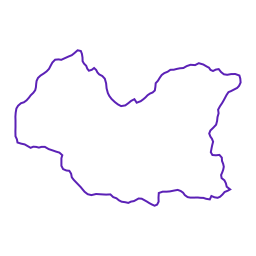 the district of Fronteira dos Vales, Minas Gerais, Brazil
{"feature_id": "56859067B67250992037415", "entity_name": "Fronteira dos Vales", "entity_type": "district", "adm_level": 2, "iso_a3": "BRA", "parent_name": "Brazil", "parent_adm1": "Minas Gerais", "projection": "albers", "projection_center": [-40.829, -16.89], "detail": "fine", "context": "isolated", "style": "outline", "palette": "violet", "viewbox_px": 256, "rotation_deg": 0, "n_neighbors": 0, "source": "geoboundaries", "source_scale": "gbopen_adm2", "svg_char_len": 2577}
<svg xmlns="http://www.w3.org/2000/svg" viewBox="0 0 256 256"><path d="M157.1,204.6L158.6,201.7L158.5,197.5L158.8,193.0L162.6,191.7L166.2,191.7L169.9,191.4L174.4,190.5L177.7,189.9L180.7,191.0L183.1,192.7L184.8,195.1L187.6,197.1L190.3,197.6L193.9,197.6L197.6,197.5L200.5,197.8L203.4,197.9L206.1,198.8L209.8,199.4L211.4,196.0L214.5,197.3L217.6,197.8L220.0,196.8L222.5,194.5L224.6,192.0L227.8,190.7L230.1,189.4L226.7,186.7L225.9,183.3L224.4,180.3L221.6,178.1L221.1,175.0L222.2,172.5L223.2,169.7L223.8,166.8L223.2,164.0L222.0,160.9L221.8,157.6L219.4,154.9L215.9,155.3L212.4,155.0L210.8,152.2L211.6,148.0L212.2,145.2L213.1,141.7L211.9,138.7L210.4,136.6L209.2,133.5L210.4,130.5L213.1,127.9L216.1,124.7L217.1,120.9L217.5,117.1L218.6,113.3L218.1,109.7L220.0,106.2L222.1,103.1L223.6,100.5L224.9,98.1L226.6,94.9L228.5,92.1L230.8,91.2L233.9,89.6L237.2,87.9L239.1,85.8L240.6,82.5L240.3,78.7L239.4,75.5L235.2,74.0L231.0,74.1L227.2,74.8L223.9,74.3L221.1,72.1L218.7,69.1L215.8,69.6L213.0,71.0L210.5,69.9L209.0,67.7L206.7,66.5L203.3,64.5L198.8,63.2L195.1,65.1L190.5,64.8L186.7,66.1L183.4,68.0L179.8,68.3L176.9,68.9L173.8,69.7L170.4,69.8L167.7,71.7L164.3,73.1L161.7,75.0L159.8,77.7L157.9,80.8L155.7,83.2L155.4,86.8L154.8,90.5L152.6,92.5L150.1,93.5L147.6,95.2L145.5,97.4L143.4,99.2L140.7,101.2L136.7,102.7L134.4,99.2L131.1,100.9L128.3,103.2L125.3,105.4L121.1,106.1L117.9,104.4L114.9,102.1L111.6,99.0L109.4,96.1L107.9,93.2L106.6,88.4L106.1,83.3L104.8,78.7L102.3,76.0L99.2,74.4L97.4,72.4L96.2,70.0L94.1,68.0L91.8,69.8L88.9,70.7L87.3,68.7L86.2,65.8L84.0,63.6L82.6,61.2L82.5,57.5L81.9,53.8L80.8,51.0L77.6,50.3L74.3,53.2L71.8,55.2L68.8,56.4L64.8,58.2L61.3,59.8L58.5,59.4L55.1,59.7L52.4,62.5L50.7,65.6L49.0,68.9L46.6,71.4L43.6,73.6L40.6,75.5L38.0,77.9L36.6,80.9L36.2,83.8L35.9,87.3L35.2,90.2L33.3,92.8L30.7,95.3L29.0,97.6L26.6,100.3L23.9,102.3L21.0,103.2L18.1,105.7L16.4,108.5L15.7,112.6L15.4,116.7L15.5,120.2L15.5,123.3L15.5,127.0L15.4,131.5L15.5,136.3L16.9,139.3L17.5,142.5L21.0,143.6L24.7,144.4L28.0,146.3L30.6,147.8L33.3,146.7L36.2,146.9L38.9,147.6L41.4,146.9L44.9,146.9L48.7,149.1L53.2,150.6L56.0,151.6L59.4,152.6L62.3,155.2L61.4,158.2L61.4,165.8L63.1,169.1L66.4,170.5L69.3,170.8L71.1,173.7L71.8,177.3L73.7,179.8L75.7,181.9L78.5,184.8L80.8,187.2L82.5,189.3L84.6,191.8L87.7,194.2L91.4,195.1L96.1,194.0L100.7,194.3L106.1,194.6L110.4,194.4L113.2,197.1L116.5,198.3L118.9,200.3L121.6,201.7L125.2,202.2L128.3,202.9L131.0,201.6L133.9,201.1L136.3,199.8L138.6,198.5L141.7,198.7L144.8,200.4L147.1,201.7L149.3,203.1L151.9,204.5L154.6,205.7L157.1,204.6Z" fill="none" stroke="#5b21b6" stroke-width="2"/></svg>